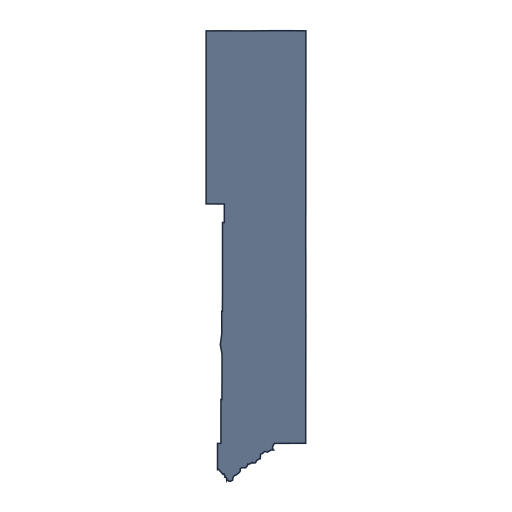 Apache, Arizona, United States of America (Mercator projection)
{"feature_id": "52423323B39165499279829", "entity_name": "Apache", "entity_type": "district", "adm_level": 2, "iso_a3": "USA", "parent_name": "United States of America", "parent_adm1": "Arizona", "projection": "mercator", "projection_center": [-109.434, 35.237], "detail": "fine", "context": "isolated", "style": "filled", "palette": "slate", "viewbox_px": 512, "rotation_deg": 0, "n_neighbors": 0, "source": "geoboundaries", "source_scale": "gbopen_adm2", "svg_char_len": 1315}
<svg xmlns="http://www.w3.org/2000/svg" viewBox="0 0 512 512"><path d="M305.8,160.2L305.8,145.4L305.8,137.0L305.8,119.8L305.9,95.8L305.9,92.2L305.9,47.0L305.9,34.7L305.9,30.8L291.7,30.7L286.2,30.7L284.8,30.7L283.1,30.7L282.6,30.7L282.4,30.7L271.1,30.7L270.8,30.7L258.9,30.8L245.3,30.9L219.2,30.8L206.1,30.9L206.1,203.9L224.3,204.0L224.3,222.5L222.5,222.5L222.5,267.0L222.5,293.0L222.4,311.3L221.7,311.3L221.8,333.6L220.3,344.7L222.0,353.8L222.0,355.6L222.0,379.6L221.9,399.6L220.9,399.5L220.9,443.4L217.5,443.4L217.5,469.7L218.6,469.3L223.1,474.5L223.9,473.8L225.0,475.6L224.7,477.1L226.4,477.6L226.7,480.5L227.1,479.7L228.7,481.1L230.5,481.3L232.7,480.1L232.9,477.8L234.2,475.6L236.1,475.0L239.1,472.7L240.4,470.8L240.1,469.0L241.6,467.7L245.7,467.8L247.5,465.5L247.7,464.1L249.5,464.1L252.2,462.4L252.6,463.1L255.5,462.8L256.8,460.4L258.9,459.1L260.3,458.8L260.5,454.2L262.4,453.6L264.5,451.5L267.5,452.1L271.1,450.0L273.7,450.0L272.5,448.3L272.7,446.6L274.3,443.4L305.7,443.3L305.7,431.1L305.7,415.4L305.8,349.4L305.8,342.2L305.8,317.9L305.9,316.1L305.8,314.2L305.8,312.4L305.8,310.6L305.8,293.9L305.8,266.4L305.8,256.8L305.7,248.3L305.7,245.0L305.7,242.3L305.7,218.9L305.8,210.2L305.8,209.9L305.8,176.0L305.8,174.9L305.8,170.1L305.8,160.2L305.8,160.2Z" fill="#64748b" stroke="#1e293b" stroke-width="1.5"/></svg>